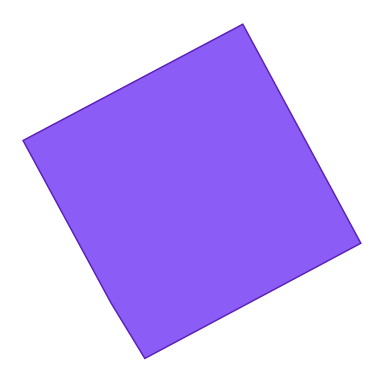 the district of Garza, Texas, United States of America, rotated 62°
{"feature_id": "52423323B20011668612695", "entity_name": "Garza", "entity_type": "district", "adm_level": 2, "iso_a3": "USA", "parent_name": "United States of America", "parent_adm1": "Texas", "projection": "robinson", "projection_center": [-101.32, 33.179], "detail": "fine", "context": "isolated", "style": "filled", "palette": "violet", "viewbox_px": 384, "rotation_deg": 62, "n_neighbors": 0, "source": "geoboundaries", "source_scale": "gbopen_adm2", "svg_char_len": 237}
<svg xmlns="http://www.w3.org/2000/svg" viewBox="0 0 384 384"><g transform="rotate(62 192 192)"><path d="M67.2,317.0L252.0,315.6L316.8,311.8L316.5,67.0L67.7,68.4L67.2,317.0Z" fill="#8b5cf6" stroke="#5b21b6" stroke-width="1.5"/></g></svg>